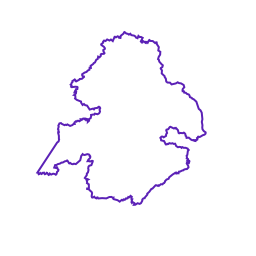 Trairão, Pará, Brazil (Mercator projection), rotated 123°
{"feature_id": "56859067B61979545771107", "entity_name": "Trairão", "entity_type": "district", "adm_level": 2, "iso_a3": "BRA", "parent_name": "Brazil", "parent_adm1": "Pará", "projection": "mercator", "projection_center": [-55.947, -5.107], "detail": "fine", "context": "isolated", "style": "outline", "palette": "violet", "viewbox_px": 256, "rotation_deg": 123, "n_neighbors": 0, "source": "geoboundaries", "source_scale": "gbopen_adm2", "svg_char_len": 5855}
<svg xmlns="http://www.w3.org/2000/svg" viewBox="0 0 256 256"><g transform="rotate(123 128 128)"><path d="M189.2,81.2L188.4,80.1L185.9,79.0L185.3,76.9L184.0,76.2L181.1,76.4L180.6,76.9L179.7,77.0L178.6,76.7L177.8,75.8L177.1,76.0L173.3,75.5L172.6,76.1L170.0,75.4L166.3,75.2L165.6,74.5L161.2,73.7L160.7,73.4L160.3,71.6L159.6,71.4L159.7,70.6L157.2,69.8L156.5,68.4L155.0,68.2L154.5,67.7L152.9,67.7L152.5,68.0L150.2,67.6L148.5,66.3L146.9,66.6L142.6,65.2L140.3,64.1L140.1,63.4L139.6,63.8L139.1,63.4L139.2,62.0L138.5,61.0L137.9,61.5L136.7,61.4L136.5,60.8L134.0,59.3L133.3,58.5L132.7,58.5L131.5,57.7L130.3,56.2L128.1,55.8L127.1,56.7L125.7,59.5L124.9,59.7L124.5,59.2L124.7,58.2L124.4,57.8L122.4,58.4L122.2,58.7L123.0,60.5L121.6,60.5L121.3,60.9L121.5,62.2L120.4,62.6L119.4,63.7L118.2,63.6L114.7,65.3L113.4,65.1L113.2,66.3L112.8,66.7L113.2,68.9L114.3,70.6L114.4,71.9L115.5,72.3L115.2,73.3L115.9,74.7L116.9,75.6L116.9,77.7L115.5,79.9L116.5,81.1L116.5,82.3L117.6,83.4L118.2,85.1L119.5,85.5L119.9,86.4L120.6,86.5L121.2,87.4L119.3,90.6L120.3,93.5L119.4,94.2L118.6,95.5L117.0,95.2L116.3,94.2L116.4,93.0L113.9,91.8L112.5,92.6L110.9,92.5L109.1,94.7L108.4,94.8L107.1,93.6L104.5,93.5L103.9,93.1L103.4,89.2L102.4,88.7L102.4,87.8L101.9,87.7L102.6,85.0L104.6,82.8L104.6,82.2L103.7,81.5L102.4,79.1L101.6,78.8L101.4,78.2L101.8,76.7L103.2,75.4L103.2,74.7L104.4,73.5L103.0,71.8L103.4,68.6L103.2,67.4L102.4,66.5L102.7,65.5L102.2,64.4L101.4,64.9L100.9,64.0L100.0,63.6L99.0,64.5L98.7,64.0L97.4,64.5L97.0,64.4L96.6,63.1L96.1,62.7L93.4,61.4L91.9,60.2L90.5,59.9L89.4,60.5L89.3,62.8L88.5,64.8L87.1,66.0L85.1,67.1L82.7,69.4L80.1,70.4L75.0,74.5L73.7,76.8L73.4,79.1L68.7,85.0L68.1,88.6L68.4,90.1L68.0,91.0L68.4,92.8L67.2,94.2L66.8,95.2L67.3,97.2L67.0,98.6L67.7,100.2L66.8,100.9L66.8,101.4L67.4,102.2L66.6,102.9L65.4,103.3L63.1,103.0L61.6,104.8L61.7,107.8L62.6,109.8L62.6,111.2L64.6,112.2L67.7,115.2L67.1,117.5L68.4,119.7L68.2,121.2L65.9,123.3L65.5,124.7L64.6,125.5L63.9,129.4L61.2,130.9L60.4,132.9L59.8,133.1L58.3,132.4L56.7,132.8L56.3,133.3L56.3,134.3L55.3,137.9L54.0,139.3L53.9,140.3L51.5,141.0L49.0,141.0L46.5,142.4L46.5,144.8L43.4,146.2L42.0,149.4L40.6,150.6L40.8,151.1L42.0,151.5L41.6,154.6L42.9,156.8L42.5,157.9L43.0,158.2L45.8,157.9L45.6,159.2L46.1,159.7L46.5,159.2L47.0,159.2L47.1,159.7L46.4,160.5L46.9,161.1L46.9,162.9L48.5,162.5L48.8,163.0L48.4,164.4L44.4,164.8L44.6,166.8L45.4,167.7L45.1,169.4L47.5,168.9L47.8,170.7L47.2,171.5L47.2,173.2L48.3,175.8L47.7,177.4L49.2,178.1L49.1,179.4L49.7,180.9L49.4,183.1L49.9,183.4L51.4,183.2L54.5,184.3L56.6,183.4L57.2,184.6L56.5,185.5L56.8,186.7L58.2,187.2L59.0,188.1L58.6,188.6L58.8,188.9L63.4,188.1L63.1,190.5L64.7,191.1L65.1,193.7L67.3,194.2L67.7,195.7L69.2,195.9L69.9,195.3L72.4,196.1L72.9,195.6L73.0,192.5L73.7,190.8L74.5,190.5L76.1,191.2L76.9,190.6L78.0,188.5L78.9,188.6L80.4,190.7L81.2,190.9L82.3,190.1L84.3,190.4L84.4,191.9L86.7,191.0L88.0,191.8L91.0,191.4L92.3,192.1L93.2,192.0L96.2,193.2L97.8,191.9L98.4,193.0L100.1,192.1L101.9,193.1L103.5,193.3L105.2,194.6L107.9,195.7L109.0,194.9L109.2,194.0L108.8,193.0L109.1,192.7L111.9,193.5L113.2,195.2L113.9,195.1L117.1,196.8L117.3,197.4L116.6,197.9L116.3,199.1L119.0,200.2L119.6,199.6L121.2,199.8L122.3,199.4L122.9,199.6L123.1,198.5L124.4,198.2L124.4,197.4L122.1,194.7L121.2,193.0L121.3,192.5L123.0,191.7L123.9,192.8L124.6,192.3L125.5,192.6L127.1,192.3L126.1,191.1L127.4,190.5L129.6,191.1L129.2,190.2L130.9,188.8L132.1,188.5L132.3,186.2L131.4,181.8L132.3,181.1L133.4,178.6L131.9,178.0L132.2,176.4L131.5,174.5L133.4,170.2L130.7,167.8L130.9,166.7L129.5,166.6L127.5,164.3L126.7,164.4L126.0,164.0L126.0,162.9L126.5,162.1L128.2,161.8L129.5,160.4L131.3,160.2L133.0,161.0L134.0,163.6L135.2,163.6L135.5,164.4L137.2,166.1L138.2,165.3L140.2,164.7L141.8,165.6L143.1,164.6L144.6,165.0L144.0,165.3L143.4,166.8L142.8,167.3L143.2,168.5L144.1,168.1L143.9,168.8L144.4,169.3L144.0,170.1L144.7,170.9L145.9,171.1L145.8,171.5L146.5,172.6L147.3,171.8L148.9,172.5L148.9,173.4L149.6,174.5L150.7,174.6L150.9,175.5L152.6,175.9L153.6,174.9L154.3,175.9L155.8,176.2L157.8,177.7L158.0,180.8L159.0,181.2L159.3,182.2L160.2,182.8L160.6,185.8L160.4,186.9L161.5,188.0L164.0,187.7L164.7,186.8L167.1,186.1L167.5,185.2L169.2,184.4L168.8,184.1L169.0,183.7L170.5,183.5L172.2,181.7L174.8,180.0L175.0,179.6L177.1,178.9L178.8,179.5L214.8,179.7L214.5,178.8L215.4,177.7L214.8,177.2L213.5,177.1L213.7,175.5L213.0,175.2L212.2,175.3L211.2,174.1L211.9,173.3L212.1,172.6L211.4,172.0L209.8,171.8L209.7,171.4L210.6,169.0L210.1,168.7L208.8,168.8L208.9,167.1L207.1,165.9L206.5,164.4L206.5,163.1L205.4,162.9L203.4,163.6L202.0,163.2L200.9,163.6L200.4,165.4L199.6,165.9L199.6,166.3L200.7,166.5L201.4,168.3L198.7,168.9L198.1,167.8L196.8,167.4L194.8,165.6L193.3,165.0L192.5,163.9L190.3,162.8L189.3,161.7L188.4,161.4L188.5,160.6L189.7,158.2L189.6,157.8L188.8,157.4L188.9,155.7L188.4,154.5L187.4,153.9L186.7,152.1L181.1,150.5L176.8,152.0L174.6,151.8L174.8,151.0L174.2,149.6L172.1,147.9L171.5,146.4L171.6,145.7L172.4,144.9L172.2,144.4L172.8,143.8L174.0,143.5L176.2,144.0L177.8,143.8L176.9,142.5L176.8,141.6L175.1,140.3L174.9,139.6L175.4,139.3L179.1,138.5L180.7,139.9L181.9,140.1L183.7,139.3L184.6,138.3L187.1,137.4L188.6,137.7L190.0,136.9L193.4,137.0L193.6,135.2L192.9,134.2L192.8,133.3L194.4,134.2L195.7,132.7L196.6,132.4L196.6,130.2L199.3,128.3L200.6,128.6L201.0,129.3L201.4,129.1L200.6,127.1L201.1,126.3L201.4,123.8L202.1,122.7L205.1,121.3L205.8,120.4L205.5,119.6L204.0,118.9L204.4,117.6L204.3,116.3L203.1,116.1L202.8,115.7L203.3,114.6L200.9,111.5L198.8,107.8L196.1,106.1L194.8,104.3L194.8,102.9L194.3,102.3L195.3,101.9L195.5,101.4L194.2,97.4L194.3,94.9L191.7,94.1L191.6,92.9L190.4,92.9L190.0,92.6L190.1,91.8L189.4,91.3L188.0,91.3L187.7,90.4L187.1,90.0L185.7,90.2L185.5,89.3L183.5,88.9L183.7,87.3L184.5,87.3L185.9,86.2L185.5,85.6L188.3,84.7L188.7,83.9L187.6,83.8L187.5,81.6L187.7,81.3L189.2,81.2Z" fill="none" stroke="#5b21b6" stroke-width="2"/></g></svg>